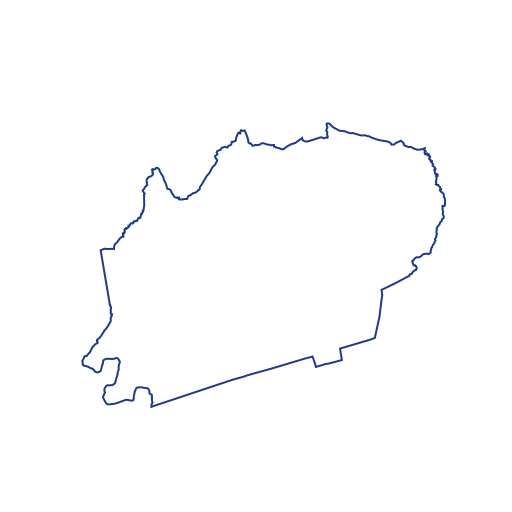 Bongo, Upper East, Ghana, rotated 163°
{"feature_id": "2480657B66034837272834", "entity_name": "Bongo", "entity_type": "district", "adm_level": 2, "iso_a3": "GHA", "parent_name": "Ghana", "parent_adm1": "Upper East", "projection": "albers", "projection_center": [-0.813, 10.917], "detail": "fine", "context": "isolated", "style": "outline", "palette": "blue", "viewbox_px": 512, "rotation_deg": 163, "n_neighbors": 0, "source": "geoboundaries", "source_scale": "gbopen_adm2", "svg_char_len": 6036}
<svg xmlns="http://www.w3.org/2000/svg" viewBox="0 0 512 512"><g transform="rotate(163 256 256)"><path d="M232.0,379.4L233.4,380.6L234.9,379.0L235.2,377.8L235.4,377.8L236.5,379.1L236.9,379.0L239.8,375.8L241.8,372.1L244.2,371.8L245.3,372.3L245.8,372.2L246.6,370.6L247.2,369.9L247.8,369.5L249.8,369.5L251.7,368.1L253.4,369.4L257.3,369.5L258.8,367.8L260.6,367.9L262.6,367.5L263.4,366.4L263.0,364.9L263.4,364.4L265.9,363.5L266.2,362.9L265.2,358.9L265.4,358.2L266.2,357.4L267.0,357.0L267.3,356.3L268.8,355.0L271.5,353.8L276.4,348.9L279.5,347.1L286.5,340.7L289.1,338.6L289.8,337.7L290.3,336.3L290.9,335.9L291.6,336.1L292.9,335.2L295.5,334.3L297.9,334.5L300.2,333.5L303.1,333.1L305.3,330.7L308.1,331.5L309.7,331.5L310.4,331.9L312.1,332.1L312.5,332.7L312.5,333.9L313.4,333.4L313.6,334.7L314.3,335.1L314.9,334.8L316.4,336.0L317.0,337.0L317.2,338.8L317.7,339.3L317.8,340.6L318.2,341.3L318.0,342.1L318.4,343.0L318.6,344.4L319.9,345.6L320.8,345.9L321.2,347.3L321.0,351.0L321.8,356.0L321.6,359.2L322.9,363.2L323.5,367.8L324.4,369.0L325.8,369.5L326.8,368.5L328.3,368.5L329.2,369.3L329.9,369.2L330.3,368.9L330.2,367.6L330.4,366.7L330.2,365.9L330.7,365.8L330.6,364.5L331.2,363.7L333.2,362.9L335.4,362.9L336.4,362.5L336.9,361.8L337.8,361.5L338.8,359.5L338.9,359.0L338.7,358.0L339.3,357.1L339.6,355.9L339.4,355.6L342.2,354.3L342.9,353.3L345.3,351.7L344.3,348.0L345.1,347.6L348.1,337.0L350.2,332.7L350.9,332.5L350.7,331.9L350.9,331.5L352.5,330.5L352.6,329.9L353.0,329.5L353.4,329.8L354.4,328.0L355.0,327.5L355.3,326.5L356.4,326.3L357.2,326.8L357.7,326.0L358.6,325.6L359.4,324.3L360.7,324.8L361.9,324.4L362.8,324.8L363.4,323.7L364.5,323.1L365.2,323.8L366.5,323.6L367.1,323.1L367.3,322.5L368.0,322.3L368.4,321.9L369.0,322.2L369.3,320.9L369.6,320.7L370.4,320.8L371.2,320.2L371.9,320.6L372.3,320.0L372.8,320.5L374.0,319.9L374.3,317.8L374.6,317.2L375.6,317.1L375.5,316.5L376.4,316.6L376.9,316.0L376.7,315.2L377.1,314.8L376.9,313.9L377.2,313.2L378.0,313.6L379.5,313.3L381.5,312.3L385.2,309.5L387.4,308.6L388.5,307.2L389.8,304.2L391.0,304.8L396.4,306.2L398.8,307.3L402.9,306.8L409.8,253.7L410.1,252.7L409.7,251.8L410.1,251.1L409.5,249.4L410.7,247.1L410.9,245.7L411.5,244.6L411.6,243.4L410.7,242.6L411.6,241.9L411.3,241.0L413.1,239.3L413.7,236.8L414.3,235.8L418.3,232.1L420.9,230.0L422.7,229.3L423.0,228.7L429.0,223.7L432.6,222.2L433.0,221.0L432.5,220.1L433.0,219.1L435.7,218.6L437.1,217.6L438.9,216.8L443.1,212.4L446.2,210.7L446.8,210.1L447.5,209.9L449.2,210.3L449.8,209.3L452.4,206.8L452.9,205.9L452.9,204.3L453.5,203.0L452.7,201.3L450.9,200.6L448.9,199.1L446.2,196.4L445.0,196.0L445.0,195.3L444.3,194.4L443.5,192.2L441.8,191.0L439.3,191.1L438.0,191.7L433.4,198.9L432.7,200.7L431.1,201.3L429.0,201.4L422.3,199.2L419.3,199.3L418.3,198.6L417.8,197.8L417.1,194.6L419.2,191.4L420.0,189.6L420.4,187.7L422.0,185.6L423.2,183.1L427.9,175.8L428.9,175.1L431.0,174.6L433.1,174.9L435.7,175.8L436.8,175.7L439.3,173.8L440.3,172.2L440.3,169.8L443.6,165.8L443.4,163.4L442.4,159.2L441.7,157.8L439.8,157.0L434.5,156.1L432.1,156.0L422.7,156.5L421.1,156.1L417.8,154.2L416.0,153.8L415.0,154.5L414.0,157.3L411.5,161.9L408.8,164.8L407.7,164.9L403.5,163.8L401.6,162.6L398.7,161.4L397.9,160.6L397.4,157.9L398.1,155.8L396.2,153.6L397.8,148.1L397.8,146.0L399.2,144.8L400.1,142.4L315.1,144.5L302.8,144.2L300.3,144.4L293.0,144.3L274.7,143.8L239.5,143.6L231.3,143.3L231.0,135.1L231.2,132.4L220.9,132.3L216.8,131.8L204.3,131.4L202.7,142.9L170.5,142.6L166.3,142.9L155.6,162.0L149.0,176.9L146.8,181.4L145.8,186.9L130.5,189.3L115.0,192.3L114.6,193.3L114.2,193.5L112.4,193.4L111.8,193.8L111.5,194.4L109.5,195.5L108.8,195.5L107.7,196.1L107.1,195.8L105.8,197.4L105.8,199.4L106.4,199.7L106.7,200.7L107.8,200.9L108.1,201.5L108.2,205.3L108.0,205.6L106.8,205.8L105.2,207.1L104.3,207.5L102.7,207.8L101.2,207.3L99.2,207.2L97.6,207.8L95.9,208.8L92.2,208.4L91.2,208.0L90.4,207.3L88.1,208.1L87.8,208.5L87.6,209.8L86.4,211.3L86.0,212.4L85.0,213.0L83.7,214.8L81.6,216.1L81.0,217.5L79.8,218.3L80.0,219.8L78.1,221.4L77.7,222.8L76.5,224.1L76.6,225.5L76.3,226.5L75.3,228.5L75.0,230.0L72.4,232.0L71.4,232.4L70.1,234.3L68.3,235.0L67.4,236.7L66.0,237.2L65.2,237.9L64.9,239.2L65.2,241.7L64.2,243.5L64.0,244.8L64.1,246.1L63.4,247.3L63.4,248.5L62.9,249.4L61.2,248.7L60.6,249.1L59.2,252.9L58.6,255.5L59.0,257.9L58.5,259.9L58.6,260.9L59.7,262.8L60.4,263.4L60.9,265.0L60.7,265.6L60.0,265.2L59.5,265.5L59.8,268.0L60.7,269.4L60.9,270.6L62.7,271.3L63.1,271.9L62.2,273.2L62.4,274.4L61.6,275.1L61.3,276.3L60.5,277.5L60.5,279.2L60.1,279.6L58.9,279.4L58.7,279.7L58.6,281.2L59.3,281.7L60.3,281.4L60.6,283.4L60.1,285.1L60.2,286.4L59.2,286.2L58.8,286.7L59.5,289.2L60.7,290.7L60.6,291.3L59.8,292.1L60.3,293.2L60.3,294.1L61.2,295.0L61.2,295.4L60.1,295.1L60.0,295.6L61.2,296.8L62.0,298.3L61.8,298.8L60.5,299.6L60.5,300.4L62.4,302.1L62.3,302.5L62.0,302.7L61.1,302.3L60.9,302.7L62.1,303.5L62.5,304.2L63.1,304.0L63.6,304.3L64.0,303.7L64.6,303.9L64.5,306.0L64.1,306.4L63.1,306.7L63.2,307.2L64.0,307.9L64.2,308.3L63.2,309.7L65.3,309.5L69.7,310.1L71.3,310.9L73.8,312.7L75.7,314.8L76.8,315.3L78.5,315.6L79.4,316.6L81.2,317.7L81.4,318.4L82.2,319.1L81.8,320.3L81.9,321.2L82.8,322.3L83.4,323.5L84.0,323.9L87.6,323.3L88.4,323.5L91.2,322.3L93.8,322.8L94.4,324.9L96.3,326.7L98.1,327.8L102.6,329.9L106.1,332.0L110.6,335.2L112.6,337.2L115.4,338.7L116.0,339.4L120.4,340.6L127.5,345.3L129.1,345.5L132.3,347.4L134.7,349.4L139.3,351.2L144.2,356.1L145.6,358.4L146.1,358.8L146.2,359.6L147.0,361.0L148.8,361.9L149.4,362.0L149.9,361.7L150.2,360.3L150.0,358.3L152.0,355.9L152.1,355.2L151.6,353.6L152.5,351.5L152.5,349.0L153.1,348.2L154.1,348.8L156.9,348.8L157.9,349.8L159.4,350.6L170.9,350.4L174.2,350.6L176.2,351.7L177.0,352.5L177.5,353.5L177.5,355.4L178.8,354.7L181.3,354.1L185.3,352.6L190.0,352.6L194.5,351.6L199.1,350.0L206.7,355.2L206.3,356.9L209.1,357.4L210.3,358.4L212.0,358.9L216.0,361.7L217.9,362.1L219.4,361.5L221.4,361.4L224.6,362.5L225.8,362.2L227.2,362.5L227.4,363.5L228.1,365.1L228.4,365.4L229.2,365.4L230.1,367.0L229.5,369.1L229.7,370.6L229.4,371.4L230.0,379.1L230.3,379.5L232.0,379.4Z" fill="none" stroke="#1e3a8a" stroke-width="2"/></g></svg>